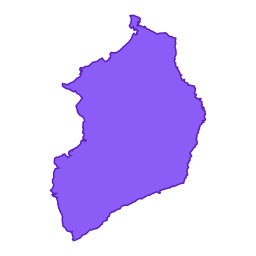 outline of Predeal-Sarari, Prahova, Romania
{"feature_id": "2599482B64670860435463", "entity_name": "Predeal-Sarari", "entity_type": "district", "adm_level": 2, "iso_a3": "ROU", "parent_name": "Romania", "parent_adm1": "Prahova", "projection": "equal_earth", "projection_center": [26.111, 45.192], "detail": "fine", "context": "isolated", "style": "filled", "palette": "violet", "viewbox_px": 256, "rotation_deg": 0, "n_neighbors": 0, "source": "geoboundaries", "source_scale": "gbopen_adm2", "svg_char_len": 5718}
<svg xmlns="http://www.w3.org/2000/svg" viewBox="0 0 256 256"><path d="M114.6,211.6L115.1,210.4L116.0,210.3L117.4,209.4L119.8,208.9L120.3,208.4L120.9,207.1L122.2,206.0L124.7,205.2L126.9,205.4L128.2,205.0L129.3,204.0L130.8,203.6L133.6,202.0L135.4,201.4L136.5,200.2L138.1,199.1L139.7,198.6L142.0,198.8L142.4,198.2L144.5,197.3L146.7,195.7L148.0,195.2L149.3,195.3L151.2,194.1L155.9,192.1L157.3,191.9L159.0,193.3L160.2,192.9L159.7,190.8L160.0,190.7L163.3,189.4L170.7,187.5L170.7,187.2L171.2,186.8L172.8,185.9L173.1,186.3L172.7,186.5L173.6,186.5L173.8,186.1L175.8,185.8L176.1,185.4L180.5,183.6L183.7,183.1L183.7,182.0L184.5,180.3L184.5,179.2L186.2,177.4L186.0,176.3L186.2,175.8L187.5,175.0L187.6,174.5L186.9,170.7L187.5,168.7L188.5,167.7L187.5,164.6L187.5,163.7L188.8,162.9L188.6,161.5L189.5,161.0L190.0,160.2L189.8,158.7L190.7,157.0L191.6,156.0L190.7,154.1L189.9,153.6L189.9,152.9L192.5,149.8L193.3,148.0L194.9,147.2L195.5,145.0L196.3,144.8L197.1,143.9L197.2,142.1L197.0,141.0L196.5,139.7L195.9,139.1L196.7,137.9L196.9,136.7L196.6,135.9L197.0,135.2L197.1,134.0L198.4,132.5L198.5,130.0L199.2,129.4L199.2,128.5L199.6,128.0L199.3,127.2L200.0,126.4L200.0,125.3L201.5,124.2L202.1,123.5L202.2,122.6L203.9,122.2L203.9,121.9L202.7,121.2L202.6,120.6L205.2,120.1L205.5,119.6L204.2,116.3L204.4,115.6L205.5,114.6L205.5,114.0L205.0,113.0L205.2,111.6L204.7,110.9L203.0,109.7L203.3,109.2L204.2,108.9L203.6,107.1L202.9,107.1L202.3,107.8L202.0,107.6L201.9,106.4L201.5,105.4L202.2,104.9L202.3,104.5L201.7,103.5L202.0,102.4L201.8,101.6L199.7,100.3L200.8,98.9L200.9,98.5L197.3,98.7L196.4,97.6L195.3,97.4L195.4,96.6L195.2,96.0L196.1,95.3L196.4,94.8L196.1,94.2L195.1,94.0L194.3,92.9L195.0,91.5L195.3,90.2L195.2,89.3L195.5,88.9L195.3,88.2L194.3,87.2L194.2,86.2L193.8,85.8L191.9,85.8L190.0,85.1L188.0,85.0L188.0,83.7L187.7,83.2L185.7,82.6L184.4,81.7L184.2,81.1L184.5,79.8L184.2,79.4L182.7,80.2L181.9,80.0L181.9,78.9L181.1,78.2L180.7,76.8L180.7,76.3L181.6,75.1L180.3,74.7L180.1,73.6L178.4,70.1L176.9,68.3L177.6,67.8L177.6,67.3L176.2,67.0L175.6,65.8L175.6,63.1L174.6,62.7L174.7,61.4L174.2,60.2L175.1,59.3L175.1,58.9L174.6,58.2L174.8,57.0L175.8,55.1L176.1,53.9L175.9,51.2L175.5,48.4L175.3,47.9L174.7,47.3L175.8,43.1L175.2,41.1L175.6,39.8L175.8,38.2L175.0,37.8L173.4,38.2L172.8,37.2L171.5,36.6L169.3,36.3L168.7,35.9L167.1,33.8L165.3,32.7L164.4,33.0L159.8,33.2L157.3,34.1L152.3,31.3L150.0,30.4L149.2,29.4L147.1,29.3L146.6,28.5L146.2,28.4L146.0,27.9L144.9,26.4L144.5,26.6L144.9,27.2L144.2,27.6L143.8,27.0L143.0,26.9L139.8,25.5L139.2,25.4L137.6,26.0L137.1,25.5L137.7,24.8L137.7,24.2L138.6,24.0L138.7,23.7L137.9,22.1L138.2,21.8L138.8,22.4L139.1,22.5L139.3,21.8L139.7,22.1L140.0,21.8L139.9,20.6L140.2,18.5L139.3,18.1L139.1,17.6L133.5,15.4L130.8,15.5L130.0,15.8L131.0,17.3L131.4,19.7L130.7,23.6L129.6,25.1L129.4,26.0L131.3,28.3L132.8,27.6L133.1,26.7L133.3,26.7L134.1,30.2L135.7,29.9L135.8,29.7L135.5,29.2L136.1,28.9L137.4,30.5L137.9,30.6L137.8,31.4L136.7,32.2L136.8,33.3L137.2,33.8L137.1,34.3L135.5,34.8L134.4,33.5L133.6,33.5L132.2,36.2L132.0,37.2L131.5,38.5L128.9,41.9L124.8,45.8L123.0,47.1L122.5,47.9L119.4,50.7L116.1,52.7L113.1,52.8L111.5,52.4L111.0,52.6L110.0,54.0L110.0,54.5L110.7,55.4L110.3,57.8L109.3,58.0L109.4,59.4L108.8,59.3L107.3,60.8L105.3,61.5L104.1,60.7L102.2,58.1L101.9,58.1L101.0,58.9L99.3,59.5L98.6,60.4L97.1,61.4L96.0,61.5L95.3,62.0L92.9,62.2L91.1,64.0L90.3,64.3L90.1,65.0L88.3,66.2L85.1,66.5L82.9,68.1L81.7,67.6L80.6,67.8L80.4,68.4L79.9,68.6L79.8,69.8L80.6,70.3L81.1,70.3L81.2,71.0L81.5,71.3L81.5,70.5L81.8,69.9L82.1,70.0L81.9,70.3L81.8,71.5L80.8,71.8L80.9,73.2L79.8,74.1L80.9,75.0L80.4,76.0L79.6,76.9L76.8,78.5L73.8,81.5L67.7,84.4L67.2,85.0L64.9,83.9L63.5,84.0L62.5,83.6L62.5,85.9L63.8,87.1L66.4,88.6L67.8,88.8L69.8,89.6L73.3,91.7L74.4,91.7L74.7,90.9L75.1,90.7L76.2,91.9L76.5,93.0L79.1,94.5L80.1,95.3L81.3,97.1L82.3,97.8L79.4,102.1L77.5,104.0L76.0,106.2L76.9,108.4L77.1,109.7L77.6,110.5L77.3,111.8L78.0,112.4L78.4,113.5L80.1,115.4L82.4,116.6L83.4,117.7L84.0,118.6L84.5,119.9L84.5,121.2L83.2,122.4L83.0,123.0L83.2,123.5L82.8,127.4L83.0,127.4L83.1,128.3L83.5,128.6L83.6,129.6L82.9,130.6L82.7,132.9L83.6,132.8L84.1,134.4L83.9,135.9L83.1,136.6L83.4,137.8L82.9,138.6L82.9,139.4L85.3,139.6L86.0,140.4L85.8,141.1L85.3,141.2L83.5,140.3L81.3,140.8L81.1,141.5L80.8,141.7L81.0,142.8L80.2,144.4L78.0,146.3L77.8,146.9L74.2,148.6L73.9,149.2L73.1,149.3L72.5,149.7L72.5,150.6L71.5,150.0L71.1,150.6L70.2,150.7L69.0,151.8L69.5,152.1L69.0,153.0L68.6,153.1L68.8,154.2L69.4,155.3L70.5,155.5L69.7,155.8L68.5,157.4L68.0,157.3L65.5,155.2L65.0,154.2L64.6,154.0L63.3,154.6L62.9,154.5L62.9,155.0L61.9,155.8L59.7,156.4L58.5,157.2L57.4,157.4L56.6,157.1L54.9,158.1L54.6,158.6L54.3,162.1L54.6,163.6L56.1,164.7L57.6,167.6L58.6,168.0L55.2,168.9L53.6,172.8L53.8,177.6L52.7,179.3L52.5,180.7L52.9,183.0L53.3,183.8L53.7,184.1L53.8,185.1L52.4,188.6L50.5,190.5L53.2,193.0L52.9,193.3L53.1,193.9L52.4,194.5L53.5,194.4L55.2,193.4L56.1,193.5L54.0,194.7L53.6,195.2L53.2,195.0L52.8,195.4L53.3,196.4L54.0,196.6L54.7,196.3L55.3,196.6L55.6,197.1L57.2,197.5L56.6,198.6L57.1,199.2L57.9,202.6L58.0,203.6L57.7,204.2L57.8,204.6L58.8,206.6L58.5,207.6L59.6,209.8L59.9,210.9L61.9,214.7L62.6,216.9L62.3,217.4L62.3,221.1L62.5,222.6L63.0,223.8L62.9,225.7L63.3,226.4L65.2,227.8L66.9,230.7L68.4,231.4L69.9,231.3L70.4,232.1L72.3,231.6L71.9,232.4L71.9,233.0L73.3,237.8L72.5,239.4L73.4,240.6L76.0,239.9L77.1,239.2L79.9,238.1L82.8,235.0L85.0,234.3L86.6,233.3L89.5,230.2L91.7,229.9L93.8,229.1L97.1,228.3L99.8,226.3L100.3,225.5L101.4,224.5L102.1,224.3L102.7,222.3L103.3,221.7L104.3,221.1L107.0,220.4L107.1,219.5L106.9,218.5L107.4,218.3L107.4,217.7L107.7,217.2L109.2,216.3L109.7,214.1L111.1,212.4L111.8,212.0L112.8,212.1L113.4,211.3L114.6,211.6Z" fill="#8b5cf6" stroke="#5b21b6" stroke-width="1.5"/></svg>